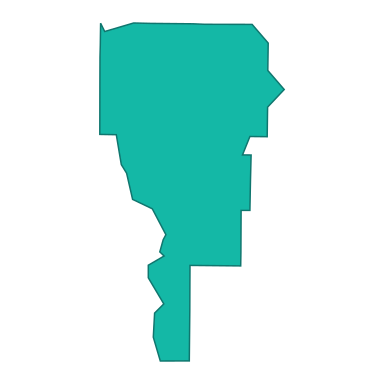 outline of Clayton, Georgia, United States of America
{"feature_id": "52423323B9974205339901", "entity_name": "Clayton", "entity_type": "district", "adm_level": 2, "iso_a3": "USA", "parent_name": "United States of America", "parent_adm1": "Georgia", "projection": "equal_earth", "projection_center": [-84.36, 33.501], "detail": "fine", "context": "isolated", "style": "filled", "palette": "teal", "viewbox_px": 384, "rotation_deg": 0, "n_neighbors": 0, "source": "geoboundaries", "source_scale": "gbopen_adm2", "svg_char_len": 657}
<svg xmlns="http://www.w3.org/2000/svg" viewBox="0 0 384 384"><path d="M189.3,360.9L189.8,309.8L189.9,283.2L190.0,265.4L240.7,265.9L240.9,252.6L241.1,210.4L249.9,210.4L250.5,179.5L251.1,155.0L242.5,154.9L249.9,136.5L267.2,136.7L267.5,113.4L267.6,107.1L284.2,89.5L267.8,70.5L268.2,43.1L252.1,24.4L204.8,24.3L192.9,23.8L150.7,23.4L133.6,23.0L104.7,31.5L100.6,23.2L100.3,45.1L100.0,57.1L99.9,84.8L99.8,134.4L116.3,134.7L121.3,164.6L126.6,173.2L132.6,199.4L152.3,208.8L165.9,234.7L163.2,239.7L159.8,251.9L164.1,256.0L148.3,265.2L148.3,277.8L163.8,303.9L154.6,313.1L153.3,337.2L160.3,361.0L189.3,360.9Z" fill="#14b8a6" stroke="#0f766e" stroke-width="1.5"/></svg>